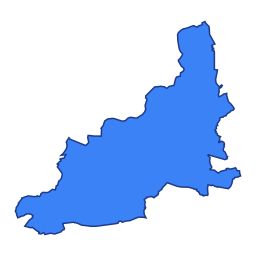 outline of Limerick City East Lea-7, Limerick, Ireland
{"feature_id": "5873133B74444247037328", "entity_name": "Limerick City East Lea-7", "entity_type": "district", "adm_level": 2, "iso_a3": "IRL", "parent_name": "Ireland", "parent_adm1": "Limerick", "projection": "natural_earth1", "projection_center": [-8.537, 52.67], "detail": "fine", "context": "isolated", "style": "filled", "palette": "blue", "viewbox_px": 256, "rotation_deg": 0, "n_neighbors": 0, "source": "geoboundaries", "source_scale": "gbopen_adm2", "svg_char_len": 4011}
<svg xmlns="http://www.w3.org/2000/svg" viewBox="0 0 256 256"><path d="M68.9,137.7L66.2,142.1L66.9,143.7L67.0,146.3L66.3,148.9L63.6,153.0L61.2,155.3L65.9,154.6L64.0,158.3L62.3,158.2L60.8,159.8L60.3,158.8L60.0,159.0L60.9,160.9L58.8,162.3L58.3,163.5L57.6,163.5L57.2,164.1L58.5,165.0L57.3,166.8L61.7,172.7L62.3,174.4L61.4,178.2L60.3,179.9L58.7,181.2L57.7,185.0L57.2,185.5L56.4,185.6L55.3,189.9L52.5,189.3L48.5,192.2L46.9,192.6L42.7,192.4L40.8,193.9L40.8,195.1L39.5,196.4L38.1,196.3L37.3,195.8L35.8,196.6L33.9,196.6L28.1,195.9L21.7,198.1L21.9,198.7L18.3,203.3L18.6,204.0L16.2,207.7L15.9,210.3L15.4,210.7L15.6,211.9L16.6,213.3L16.5,214.3L17.8,217.8L21.6,216.2L23.8,215.7L25.3,214.5L25.8,214.6L26.7,213.9L28.4,213.7L29.0,214.0L30.7,214.1L33.0,215.7L32.3,217.0L32.6,217.6L29.2,220.3L24.8,226.2L30.9,227.8L32.2,227.3L37.5,231.3L38.6,231.5L38.7,232.5L39.2,232.6L38.8,233.5L39.1,233.7L41.1,233.9L43.9,232.6L44.9,234.5L50.5,233.2L54.7,234.0L60.7,232.0L62.8,230.0L64.1,229.6L64.5,228.5L63.3,225.9L62.9,223.5L73.7,222.2L74.5,222.8L75.5,222.6L78.5,223.7L81.6,225.1L90.5,226.2L91.0,226.3L96.7,226.2L116.1,223.6L118.2,223.0L118.5,221.8L120.1,221.1L121.0,221.3L122.2,222.2L126.3,221.0L129.7,220.7L138.5,217.1L143.5,217.3L146.0,217.8L144.2,214.4L143.9,210.3L145.2,208.7L144.6,207.9L145.6,207.6L144.7,204.9L145.3,202.1L144.2,199.5L146.6,198.0L146.5,197.3L147.3,197.2L151.4,196.5L154.0,197.7L154.8,196.6L155.5,196.7L156.8,195.3L157.0,195.5L157.8,194.9L158.5,193.6L158.4,191.9L162.0,189.1L162.0,188.2L167.3,182.7L177.3,186.3L181.1,187.0L188.5,187.2L192.6,188.3L193.8,189.0L196.5,189.4L196.8,189.6L196.5,190.5L197.8,191.5L198.5,191.5L198.8,192.5L199.3,192.6L199.7,194.2L200.6,194.8L202.8,194.9L202.8,195.5L203.7,196.0L204.9,195.3L207.3,195.4L208.0,194.7L207.5,188.8L208.0,184.8L211.7,185.6L212.5,185.0L214.7,186.2L217.6,187.1L217.7,186.7L228.4,188.7L230.5,186.5L231.9,183.5L232.7,179.1L234.0,178.8L234.8,177.5L238.4,176.9L240.6,175.9L239.8,173.6L239.5,170.8L237.6,170.8L237.0,170.4L235.6,167.8L231.0,169.0L229.2,169.0L228.4,168.4L226.3,168.6L226.4,169.9L220.9,171.3L218.1,173.1L214.5,170.2L210.4,169.8L209.9,169.2L211.6,167.9L211.7,166.8L209.8,163.1L210.0,162.0L209.5,160.0L210.0,159.0L210.0,157.4L207.9,155.5L208.3,154.8L225.0,159.6L227.2,158.7L226.8,157.8L227.6,156.7L226.7,156.0L225.2,152.2L223.6,150.9L223.2,149.4L224.4,146.0L223.9,145.1L224.5,144.2L224.2,143.2L223.8,142.4L221.8,141.2L221.3,141.5L220.5,141.3L220.5,141.7L219.5,142.4L218.7,142.4L219.8,139.1L219.6,137.7L220.5,136.7L217.5,135.3L217.1,133.4L215.8,132.8L216.2,131.3L215.1,130.8L214.9,130.1L216.5,128.5L216.1,126.5L217.7,125.3L217.2,123.8L219.8,120.0L219.7,118.2L220.3,117.7L221.8,117.2L223.0,117.2L223.8,116.3L226.1,115.7L226.5,114.6L228.1,113.0L229.7,112.3L231.0,110.8L232.1,110.4L232.9,110.3L234.0,109.3L234.0,108.1L231.1,104.2L228.5,101.8L226.7,95.7L226.7,93.4L223.6,94.1L221.5,95.7L219.0,96.7L218.4,95.1L219.2,91.5L218.9,89.5L219.4,88.1L220.2,88.0L221.5,87.0L221.3,86.7L222.3,85.6L221.4,85.0L219.3,87.1L216.1,83.1L215.6,79.5L217.5,70.0L214.4,69.5L214.4,52.0L214.1,50.9L213.5,50.9L212.1,50.2L212.4,49.2L212.9,48.9L213.6,49.1L213.6,48.3L212.1,47.5L212.6,46.7L211.7,45.7L213.3,44.5L214.9,44.0L209.6,34.4L209.2,27.6L208.8,26.3L205.8,23.3L204.9,21.5L202.0,23.0L202.3,24.7L198.8,25.8L197.4,27.0L195.9,26.8L193.8,25.7L192.7,25.9L187.2,28.0L183.0,29.0L180.3,30.8L178.5,32.6L177.6,34.4L177.8,40.4L179.2,48.6L180.3,51.3L182.5,54.0L182.3,55.1L180.3,58.2L178.4,60.1L178.5,61.3L181.3,66.1L183.7,68.2L184.1,69.5L183.1,71.4L180.5,72.8L180.2,76.3L177.4,76.6L176.3,77.4L175.4,79.3L174.0,85.3L168.9,86.5L167.5,88.0L166.6,88.2L164.3,86.8L160.8,86.3L154.6,87.0L145.7,96.0L145.7,98.1L146.6,98.7L147.0,99.6L145.1,105.4L145.7,109.3L144.6,112.0L142.5,114.5L137.1,117.9L135.8,118.1L131.0,117.3L130.1,117.4L128.2,118.0L125.4,120.6L122.3,121.2L114.2,118.6L112.2,118.4L107.6,119.0L104.7,121.0L103.2,125.7L101.0,128.3L101.5,128.9L101.3,136.1L94.4,136.1L88.2,135.4L87.7,137.4L88.7,142.3L88.0,143.4L85.6,145.5L70.4,139.4L68.9,137.7Z" fill="#3b82f6" stroke="#1e3a8a" stroke-width="1.5"/></svg>